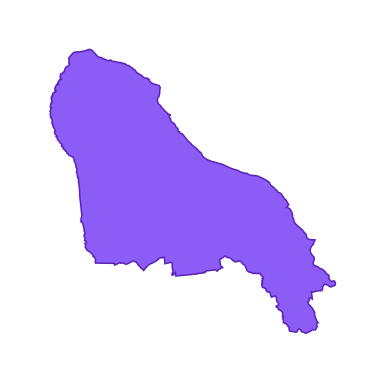 outline of Yankalilla, South Australia, Australia, rotated 83°
{"feature_id": "25037944B56627334914518", "entity_name": "Yankalilla", "entity_type": "district", "adm_level": 2, "iso_a3": "AUS", "parent_name": "Australia", "parent_adm1": "South Australia", "projection": "natural_earth1", "projection_center": [138.318, -35.494], "detail": "fine", "context": "isolated", "style": "filled", "palette": "violet", "viewbox_px": 384, "rotation_deg": 83, "n_neighbors": 0, "source": "geoboundaries", "source_scale": "gbopen_adm2", "svg_char_len": 5962}
<svg xmlns="http://www.w3.org/2000/svg" viewBox="0 0 384 384"><g transform="rotate(83 192 192)"><path d="M300.0,60.6L298.0,61.3L297.4,62.0L297.8,64.7L294.3,66.8L293.4,66.3L291.2,66.4L289.2,68.7L287.6,69.3L284.7,72.0L284.1,72.7L283.5,74.4L281.2,76.5L280.8,78.1L280.1,78.6L279.5,79.9L277.5,80.6L274.6,79.2L272.6,78.7L271.4,78.9L268.7,80.8L266.2,81.8L263.5,81.7L260.7,80.3L258.8,77.9L256.7,77.2L255.8,76.3L254.4,75.8L254.0,79.1L253.4,81.2L252.6,82.6L250.9,83.7L247.9,83.9L245.4,85.8L243.8,86.5L237.0,92.5L234.8,93.9L232.9,94.4L231.5,94.3L230.6,95.1L225.4,95.1L222.5,96.0L220.7,96.9L219.6,98.4L218.3,99.2L218.4,99.6L216.5,97.6L216.1,97.7L210.9,99.9L210.4,100.9L207.0,102.4L206.6,103.1L204.6,103.4L202.4,106.9L200.9,107.5L199.4,109.1L197.4,110.3L195.2,112.8L191.3,114.5L191.0,115.3L189.6,116.4L188.4,118.5L187.2,119.6L186.6,121.1L185.7,122.0L185.4,123.4L184.5,124.1L183.3,127.4L183.3,128.3L182.0,133.1L180.3,134.9L179.4,138.3L178.0,141.4L175.9,144.4L174.3,148.3L171.8,152.9L168.3,158.3L163.1,170.8L162.7,171.0L162.2,172.3L159.6,175.6L156.9,177.4L154.3,178.2L152.1,180.3L149.9,181.7L144.7,186.8L143.7,187.2L141.1,189.6L133.2,194.4L133.2,194.9L132.3,195.9L132.0,196.8L131.3,197.3L130.6,197.1L130.7,197.7L130.1,198.2L127.0,198.4L127.0,199.0L126.2,199.6L122.2,201.0L121.6,201.6L121.6,202.1L118.4,204.6L116.7,204.3L114.8,205.4L113.4,205.0L113.0,204.2L112.6,204.2L112.7,205.3L112.0,205.3L111.7,206.5L110.1,207.3L108.3,209.1L106.2,210.3L104.3,212.0L102.9,212.3L100.2,214.7L98.1,215.1L95.9,215.1L94.7,214.6L93.2,213.2L89.6,211.9L86.9,211.6L84.6,210.8L82.3,211.6L81.5,214.0L80.7,214.9L80.3,216.8L79.6,217.8L77.3,220.2L76.3,220.8L75.6,220.6L74.7,221.1L74.7,222.0L73.8,222.3L73.4,222.9L73.1,225.1L71.2,227.2L70.1,227.7L68.2,230.5L66.4,232.5L63.4,234.1L63.4,234.9L62.8,235.7L62.0,235.7L59.6,238.6L58.7,239.2L58.8,240.2L56.8,242.7L56.8,243.2L56.2,243.4L56.3,244.2L55.2,246.0L55.1,246.9L54.5,247.9L54.5,249.6L53.0,252.4L52.9,254.0L52.2,255.7L51.0,256.6L51.5,257.9L51.3,259.5L49.8,262.4L49.2,262.9L48.8,264.3L47.6,265.1L47.1,267.6L45.0,270.0L43.0,271.0L41.2,272.7L39.3,273.7L37.9,276.1L37.9,276.8L38.5,277.3L38.1,278.8L39.0,281.4L38.8,282.8L39.3,284.2L39.0,284.8L39.2,287.1L38.7,288.8L39.2,290.1L38.9,291.8L39.3,292.8L41.9,295.9L44.0,297.9L45.2,298.1L47.2,297.9L48.4,298.6L49.9,298.1L51.3,298.6L53.0,302.3L57.1,304.3L57.4,305.4L58.6,306.3L58.5,307.3L59.4,308.3L61.3,308.8L63.0,308.7L63.9,308.0L63.9,309.1L64.4,309.6L64.8,309.4L65.2,310.4L66.3,311.4L68.3,311.3L67.9,312.1L69.2,312.2L68.9,313.3L72.3,315.5L72.9,315.6L73.9,314.9L74.6,315.0L74.9,315.8L75.6,314.9L76.2,315.1L77.0,318.1L79.4,318.7L79.4,319.2L79.9,319.4L80.3,319.2L80.6,319.9L81.7,320.4L82.6,320.0L83.7,319.9L83.8,320.3L86.1,320.0L86.5,321.1L89.5,322.2L90.3,322.3L91.1,321.2L91.2,321.7L91.7,322.0L94.0,322.4L94.6,323.1L96.1,322.7L98.3,323.4L99.4,322.7L100.6,323.4L101.1,322.8L104.4,321.8L104.9,322.4L106.5,322.6L107.2,321.9L108.1,322.3L109.5,321.7L110.0,322.0L114.6,320.0L115.0,320.8L116.5,321.3L117.6,321.1L120.1,319.0L120.7,319.3L120.7,320.0L122.0,319.1L123.6,319.2L125.4,317.7L126.9,317.2L128.6,315.3L129.4,315.3L129.6,315.7L130.5,316.0L131.9,314.2L132.5,314.2L132.9,314.7L134.2,313.8L134.9,312.8L135.9,312.8L136.5,311.6L138.1,311.5L139.1,310.4L140.1,310.1L143.0,305.8L146.2,304.8L146.6,305.2L148.1,304.8L150.6,303.7L151.9,304.3L152.7,303.8L153.4,304.0L155.5,303.3L158.3,304.3L160.5,303.6L161.1,303.9L161.8,303.5L162.8,303.9L164.1,303.6L164.1,303.2L164.8,303.3L165.7,302.8L167.3,303.4L175.3,303.3L182.2,303.9L202.2,304.2L205.5,305.6L207.5,305.6L207.8,305.9L208.0,305.3L208.6,305.3L209.2,304.6L211.5,304.0L214.7,303.8L215.7,303.3L216.8,303.8L218.1,303.7L219.5,303.1L220.3,303.3L221.3,304.3L222.8,304.5L224.5,303.9L227.4,304.4L227.6,303.7L228.4,303.0L229.9,303.6L230.1,304.4L230.4,303.9L230.6,304.3L231.7,303.9L232.9,304.6L233.9,304.6L237.1,303.2L239.4,300.3L241.5,298.7L243.3,297.8L243.7,298.1L244.9,296.7L247.0,295.9L249.6,296.6L250.8,296.4L253.4,277.6L255.1,277.8L253.4,272.0L254.0,271.6L254.0,269.4L255.7,266.2L255.2,263.8L253.3,259.2L253.6,258.0L254.7,256.3L256.2,255.0L257.8,254.4L259.7,252.7L261.6,251.8L263.1,250.0L264.0,249.6L259.5,244.7L258.5,242.9L257.4,239.1L255.6,234.9L253.9,232.7L253.4,231.1L253.8,229.6L253.2,229.1L253.2,227.5L259.9,227.6L259.3,221.5L260.0,220.3L261.5,220.2L262.3,220.8L269.5,220.6L270.5,221.9L272.2,221.8L272.0,220.3L269.8,218.2L273.4,218.3L273.9,202.3L273.7,200.5L274.1,197.3L273.6,197.2L273.7,190.7L273.4,190.6L273.6,189.4L272.8,189.1L273.0,188.1L272.2,187.6L271.9,186.9L272.1,186.5L272.1,178.3L273.7,176.7L271.9,174.8L272.0,173.8L271.0,172.4L270.8,170.7L268.5,172.6L262.5,172.7L259.5,166.7L261.3,165.2L262.1,162.2L265.8,159.0L266.8,156.9L266.3,155.9L266.5,152.3L269.7,150.4L271.4,148.3L277.0,146.8L278.8,144.6L278.7,143.8L280.1,141.8L280.5,140.4L280.2,139.2L280.8,138.2L280.7,137.2L281.1,136.2L281.0,134.3L281.3,134.1L282.0,134.1L283.7,133.3L283.8,132.9L286.0,131.6L286.6,133.1L287.7,132.3L289.1,133.7L289.9,132.9L291.1,133.7L291.6,133.0L292.3,134.1L295.2,133.7L296.7,130.9L297.3,130.3L298.0,130.7L298.6,130.5L300.5,129.3L300.7,127.7L301.9,126.6L304.1,126.7L306.2,125.8L305.2,122.3L306.1,121.6L307.5,121.0L308.5,121.3L310.8,121.1L313.4,119.6L314.6,119.8L315.4,122.4L316.8,122.0L317.7,120.7L318.9,120.6L321.5,117.4L323.1,116.9L324.3,117.0L325.0,116.6L326.9,117.6L327.4,116.2L329.1,117.3L330.2,116.9L332.3,117.3L333.8,116.0L333.8,115.3L335.8,113.3L337.0,113.2L337.7,112.6L337.7,112.1L338.5,111.7L340.0,112.5L342.1,112.0L342.5,109.8L343.9,106.0L343.5,104.8L341.4,103.5L340.9,102.6L342.3,100.9L344.3,100.2L344.4,98.7L346.1,96.6L345.6,94.3L345.2,94.1L345.1,92.4L343.4,89.1L343.9,86.3L340.6,84.0L338.5,84.7L336.9,82.6L336.6,83.1L335.2,83.9L329.1,85.3L326.5,84.9L322.2,86.6L317.6,89.8L315.2,90.5L314.4,89.1L313.6,88.7L311.6,88.8L311.9,87.0L313.0,85.6L305.5,85.6L306.2,84.6L305.4,78.8L305.8,76.2L305.2,75.0L305.4,74.8L303.5,74.1L302.2,74.2L301.3,73.0L299.6,71.7L300.4,69.4L302.9,66.5L303.2,65.5L302.7,64.9L302.3,61.7L300.0,60.6Z" fill="#8b5cf6" stroke="#5b21b6" stroke-width="1.5"/></g></svg>